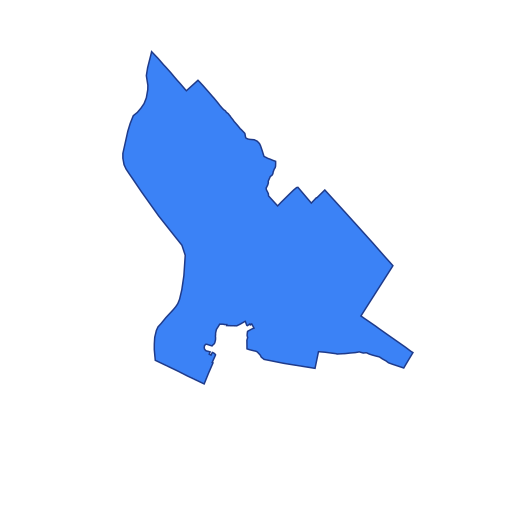 outline of Crivat, Giurgiu, Romania, rotated 296°
{"feature_id": "2599482B25594026358369", "entity_name": "Crivat", "entity_type": "district", "adm_level": 2, "iso_a3": "ROU", "parent_name": "Romania", "parent_adm1": "Giurgiu", "projection": "natural_earth1", "projection_center": [26.439, 44.187], "detail": "fine", "context": "isolated", "style": "filled", "palette": "blue", "viewbox_px": 512, "rotation_deg": 296, "n_neighbors": 0, "source": "geoboundaries", "source_scale": "gbopen_adm2", "svg_char_len": 3817}
<svg xmlns="http://www.w3.org/2000/svg" viewBox="0 0 512 512"><g transform="rotate(296 256 256)"><path d="M307.6,382.6L308.4,380.6L311.9,372.0L314.4,366.0L317.5,358.6L318.6,356.0L321.7,348.3L325.4,339.2L335.4,314.3L345.5,288.9L335.0,285.2L334.8,284.7L327.8,282.5L336.1,263.6L335.7,263.0L335.4,262.6L334.9,262.3L331.8,260.9L326.0,258.8L315.5,255.1L312.4,254.1L310.5,253.5L315.5,240.9L315.9,240.7L317.5,239.7L318.5,238.4L320.0,236.4L320.9,235.7L321.7,235.3L322.3,235.4L325.2,235.4L327.2,235.0L328.6,234.2L333.7,234.0L335.7,235.0L337.1,235.1L338.1,234.9L339.0,234.6L342.0,234.3L343.8,234.5L345.3,234.2L348.0,233.0L349.7,232.1L349.4,229.5L349.2,226.0L348.9,223.8L349.0,222.2L349.0,220.6L349.0,219.6L350.5,218.1L353.4,215.4L357.2,211.6L358.6,209.8L359.7,206.8L359.7,203.4L358.1,199.3L357.6,197.5L357.6,196.6L357.6,195.9L357.7,195.1L358.0,194.7L359.2,193.8L360.3,193.0L361.1,192.4L361.4,192.0L361.9,190.7L363.3,186.9L363.3,186.3L363.7,185.6L364.7,183.5L366.6,179.1L367.3,177.3L368.0,176.2L368.8,174.6L369.7,172.6L370.0,172.1L370.3,171.8L370.5,171.3L370.9,170.3L371.7,168.8L371.8,168.2L372.0,167.2L372.3,166.1L372.6,165.6L373.0,165.0L373.2,163.8L373.3,163.0L373.7,161.8L374.2,160.5L374.6,159.5L375.0,158.7L375.3,157.8L376.6,155.3L379.8,148.3L380.1,147.4L382.8,141.1L385.9,133.7L386.9,131.1L387.4,129.9L388.5,126.8L374.0,121.0L374.1,120.7L374.8,119.0L375.3,117.9L377.8,112.1L379.4,108.1L381.3,103.7L383.3,99.3L385.5,93.9L386.2,92.2L387.3,89.2L390.1,82.7L390.8,81.0L392.2,77.2L393.9,72.6L392.6,72.9L391.7,73.1L390.4,73.4L377.9,76.0L373.9,77.2L370.0,78.4L362.0,84.0L358.1,85.8L350.1,88.1L343.9,88.6L338.5,87.8L333.0,86.4L328.3,84.2L320.1,84.8L311.9,86.1L289.8,91.4L285.5,93.5L280.2,97.4L277.2,101.1L274.5,105.7L271.9,110.3L263.4,125.1L249.4,150.8L240.2,170.0L233.2,184.7L225.6,192.1L212.6,197.4L206.7,199.8L194.1,203.8L193.2,204.1L192.3,204.3L185.7,205.8L184.0,206.2L183.2,206.3L179.0,206.6L178.1,206.5L175.2,206.1L172.0,205.3L170.9,205.0L161.0,202.0L153.7,200.3L149.4,199.0L145.4,199.1L138.6,200.6L136.6,201.4L132.3,203.2L127.3,205.6L121.7,209.0L120.9,209.5L118.1,211.2L118.3,235.7L118.1,247.1L118.3,265.5L129.7,264.7L141.1,264.2L141.1,263.3L143.7,263.2L147.6,263.1L148.8,263.0L149.4,263.0L149.6,262.7L149.9,262.1L150.2,261.3L150.2,260.8L150.3,259.7L150.2,259.0L147.2,259.0L147.2,257.0L149.7,256.8L149.4,255.0L148.9,252.8L149.2,251.7L149.8,250.5L151.0,249.6L152.2,249.2L152.9,249.0L154.7,249.6L155.1,250.5L155.9,255.9L157.3,256.3L158.7,256.9L159.9,257.0L161.3,256.7L162.7,256.4L163.5,256.1L164.8,255.5L166.3,254.6L167.3,254.3L168.5,253.7L169.2,253.4L172.7,252.6L176.1,253.0L178.4,253.2L178.9,253.3L179.0,253.6L180.1,255.9L180.6,257.3L180.5,257.5L181.6,259.8L180.6,260.1L182.7,264.8L184.0,267.5L184.8,269.3L188.0,271.8L192.6,274.9L192.5,275.1L189.9,277.8L189.7,278.0L189.6,278.4L189.6,278.7L189.7,278.9L190.3,279.2L191.0,279.6L191.7,279.9L192.0,280.2L192.2,280.3L191.9,280.7L191.6,281.1L192.1,281.5L192.6,281.8L192.8,281.9L193.0,282.0L191.7,283.9L190.3,285.8L190.2,285.7L189.3,284.9L188.2,284.0L184.8,281.6L184.4,281.5L184.0,281.6L182.0,282.3L181.3,282.6L180.6,282.9L180.1,283.3L179.0,284.3L176.4,284.7L173.8,286.0L168.6,288.6L168.9,291.0L169.8,295.3L170.3,297.3L170.4,298.2L170.3,299.3L169.1,302.5L168.7,303.4L167.4,305.1L166.8,307.9L166.6,308.5L171.7,328.0L180.9,358.3L184.8,357.3L197.4,354.1L199.7,360.0L203.4,371.1L203.4,371.8L205.0,374.6L207.4,379.0L210.1,383.2L212.7,387.6L214.3,389.8L215.1,390.8L215.5,393.2L215.8,394.9L217.2,397.2L217.5,397.9L217.5,400.6L217.9,403.6L218.6,407.4L219.4,411.2L218.9,414.7L218.7,418.9L218.1,421.9L218.5,425.8L220.1,437.9L222.9,438.1L229.0,438.6L238.0,439.4L238.1,438.3L238.2,437.2L238.6,435.1L239.6,430.0L242.6,411.0L244.6,398.6L245.4,394.3L246.8,385.0L247.3,381.5L248.1,376.6L259.8,377.9L305.2,383.1L307.3,383.3L307.6,382.6Z" fill="#3b82f6" stroke="#1e3a8a" stroke-width="1.5"/></g></svg>